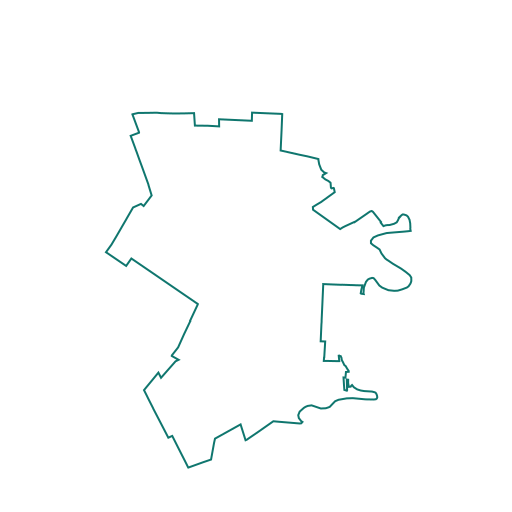 Maxineni, Braila, Romania, rotated 67°
{"feature_id": "2599482B99359782124657", "entity_name": "Maxineni", "entity_type": "district", "adm_level": 2, "iso_a3": "ROU", "parent_name": "Romania", "parent_adm1": "Braila", "projection": "albers", "projection_center": [27.669, 45.424], "detail": "fine", "context": "isolated", "style": "outline", "palette": "teal", "viewbox_px": 512, "rotation_deg": 67, "n_neighbors": 0, "source": "geoboundaries", "source_scale": "gbopen_adm2", "svg_char_len": 3835}
<svg xmlns="http://www.w3.org/2000/svg" viewBox="0 0 512 512"><g transform="rotate(67 256 256)"><path d="M333.1,171.7L332.2,171.6L330.7,170.8L327.3,169.1L322.8,164.9L321.4,162.3L321.2,160.4L321.4,158.8L321.5,157.7L322.3,156.4L324.6,155.6L331.4,154.0L334.4,152.2L339.2,147.5L342.1,142.3L343.3,139.0L343.8,134.5L344.0,129.5L343.5,127.4L341.8,124.7L340.8,123.7L339.7,122.8L336.5,121.5L333.7,122.0L329.5,124.2L324.4,127.3L316.5,133.1L312.1,135.9L310.4,137.1L308.5,138.1L302.7,139.5L298.3,139.7L295.4,141.5L291.8,143.9L289.2,145.2L286.8,144.2L284.8,140.6L284.7,135.7L285.9,126.9L286.6,124.7L288.3,119.5L291.4,110.2L292.8,105.7L293.3,103.8L292.3,103.6L291.3,103.4L290.2,102.8L286.2,101.3L282.5,100.5L281.8,100.6L279.4,100.7L278.4,101.1L277.4,101.6L275.9,103.3L275.1,104.5L275.1,105.1L275.3,106.0L276.3,108.8L276.5,108.6L276.6,108.8L276.9,109.5L277.2,109.9L278.6,111.4L280.0,113.3L280.3,116.3L279.7,120.8L279.3,122.0L278.9,122.9L278.4,124.8L278.3,127.0L274.0,128.2L273.6,127.6L270.7,128.4L261.0,131.1L259.8,131.9L259.6,133.6L260.0,135.7L260.4,137.5L263.4,152.1L263.1,152.2L263.4,162.3L263.6,165.2L264.1,168.0L235.7,185.4L233.1,184.5L232.4,179.9L231.7,174.6L231.6,174.4L229.2,163.9L228.0,158.6L224.0,157.8L223.6,158.1L223.3,160.0L223.0,160.2L222.3,160.3L219.9,159.5L217.9,158.8L217.6,158.8L215.2,160.1L212.5,162.3L209.8,163.7L209.1,164.1L208.7,163.6L207.6,162.9L207.4,161.0L207.1,159.1L205.7,160.6L202.1,162.2L196.3,162.0L192.3,161.1L191.1,160.7L185.3,168.5L184.2,170.0L179.7,176.5L168.5,192.1L150.4,183.4L135.6,176.4L135.0,177.3L128.7,190.6L122.5,203.6L129.9,207.0L115.7,236.6L122.3,239.3L117.3,249.4L112.1,261.3L100.3,257.2L96.9,265.8L93.5,274.1L91.6,278.4L89.4,283.2L87.3,287.7L85.3,291.4L81.8,300.1L78.3,308.5L77.4,313.6L77.3,314.2L77.3,314.4L96.4,315.3L96.8,315.5L96.4,324.4L109.1,325.0L111.8,325.2L113.0,325.2L121.4,325.7L129.7,326.1L144.4,326.9L148.1,327.1L148.4,327.2L149.1,327.3L159.5,328.4L166.1,339.9L163.1,341.5L163.3,350.2L171.2,360.7L171.4,360.9L177.0,368.4L177.1,368.5L183.7,377.3L187.8,382.9L189.2,384.8L189.3,385.0L193.9,392.6L214.4,379.4L209.6,371.7L234.9,355.5L277.5,328.3L277.8,328.5L289.9,342.0L290.3,341.9L290.6,342.3L299.7,352.6L302.1,355.2L309.7,363.4L314.6,372.3L315.1,372.6L321.3,367.8L321.5,371.2L331.0,391.0L325.2,391.4L329.5,399.6L333.7,407.7L335.7,411.5L341.6,411.1L345.5,410.9L355.7,410.2L356.7,410.2L366.9,409.4L389.0,407.7L388.9,404.4L388.9,403.4L393.3,403.1L401.0,402.6L409.8,402.0L416.8,401.5L421.7,401.2L423.6,401.1L424.3,401.0L425.2,385.0L425.8,376.9L411.6,367.6L408.1,365.1L405.0,336.0L421.5,337.6L421.5,336.1L421.1,334.4L418.7,322.4L417.2,315.4L414.9,304.6L417.0,300.7L427.2,281.3L427.7,279.8L427.3,278.9L426.9,278.1L425.7,278.9L424.6,279.2L423.4,279.5L422.7,279.7L422.0,279.9L419.0,279.3L416.3,276.6L414.5,271.3L414.2,269.4L414.2,267.0L415.2,263.2L417.5,260.6L421.7,255.9L423.4,251.3L423.6,249.2L423.7,247.1L422.0,243.2L420.6,239.9L420.6,236.2L422.5,228.1L424.7,222.4L430.7,211.3L434.1,203.7L434.7,201.7L434.4,200.5L433.5,199.6L432.1,199.2L431.2,199.1L429.6,199.1L428.5,199.4L427.8,200.0L426.1,202.2L422.6,209.2L420.7,212.2L418.3,215.0L415.1,217.2L412.3,218.0L412.6,218.9L413.3,219.9L412.7,221.7L408.9,220.8L405.9,219.5L405.2,220.7L415.2,224.6L415.5,225.0L413.8,227.0L408.5,225.2L402.0,222.9L402.9,221.2L397.9,218.5L398.8,215.9L398.0,215.6L395.5,216.1L392.3,216.5L391.0,217.3L386.9,217.5L385.8,217.7L385.0,217.6L383.0,217.1L381.6,217.2L381.2,217.2L380.9,218.1L380.2,218.3L380.1,218.8L385.3,220.4L384.7,221.9L380.8,230.6L379.1,234.6L376.0,233.0L376.0,232.8L361.7,225.7L359.8,229.8L344.3,222.4L342.4,221.4L341.0,220.8L328.9,215.0L308.4,205.2L308.1,205.1L312.0,196.9L315.9,188.6L315.9,188.4L317.8,184.3L319.7,180.3L319.8,180.1L321.0,177.4L321.9,175.6L323.7,171.6L324.2,170.5L324.6,169.5L328.2,172.2L329.3,172.9L331.3,174.2L331.8,173.9L333.1,171.7Z" fill="none" stroke="#0f766e" stroke-width="2"/></g></svg>